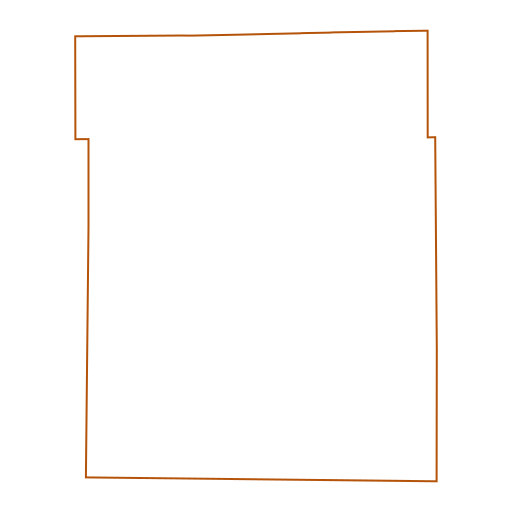 the district of Harrison, Missouri, United States of America
{"feature_id": "52423323B2822402120126", "entity_name": "Harrison", "entity_type": "district", "adm_level": 2, "iso_a3": "USA", "parent_name": "United States of America", "parent_adm1": "Missouri", "projection": "albers", "projection_center": [-93.959, 40.355], "detail": "fine", "context": "isolated", "style": "outline", "palette": "amber", "viewbox_px": 512, "rotation_deg": 0, "n_neighbors": 0, "source": "geoboundaries", "source_scale": "gbopen_adm2", "svg_char_len": 472}
<svg xmlns="http://www.w3.org/2000/svg" viewBox="0 0 512 512"><path d="M436.6,481.3L436.8,348.5L435.2,137.2L427.7,137.4L427.6,30.7L396.0,31.1L393.5,31.3L376.4,31.6L366.6,31.8L332.2,32.4L331.4,32.5L330.2,32.6L320.2,32.8L303.4,33.1L303.0,33.2L302.4,33.1L301.2,33.2L300.2,33.3L281.8,33.7L271.8,33.9L242.0,34.6L227.7,34.9L192.2,35.6L185.3,35.6L183.8,35.5L75.2,36.3L75.4,139.2L88.5,139.1L88.5,226.5L85.9,477.4L436.6,481.3Z" fill="none" stroke="#b45309" stroke-width="2"/></svg>